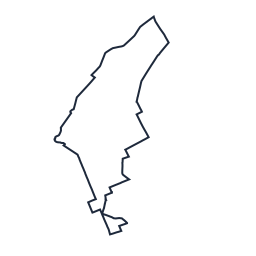 the district of Manastirea, Calarasi, Romania, rotated 246°
{"feature_id": "2599482B98336508905768", "entity_name": "Manastirea", "entity_type": "district", "adm_level": 2, "iso_a3": "ROU", "parent_name": "Romania", "parent_adm1": "Calarasi", "projection": "natural_earth1", "projection_center": [26.829, 44.21], "detail": "fine", "context": "isolated", "style": "outline", "palette": "slate", "viewbox_px": 256, "rotation_deg": 246, "n_neighbors": 0, "source": "geoboundaries", "source_scale": "gbopen_adm2", "svg_char_len": 4904}
<svg xmlns="http://www.w3.org/2000/svg" viewBox="0 0 256 256"><g transform="rotate(246 128 128)"><path d="M41.4,88.4L41.6,88.5L41.9,88.4L42.0,88.4L42.7,88.1L43.3,87.9L43.7,87.7L44.9,87.2L47.0,86.1L47.4,85.9L47.6,85.8L47.9,85.7L48.0,85.6L48.1,85.4L48.5,84.7L49.0,83.9L49.2,83.5L49.4,83.2L49.5,82.7L50.0,81.2L50.2,80.5L50.3,80.1L50.4,79.9L51.1,78.7L51.3,78.3L51.4,78.2L51.5,78.1L51.9,77.9L52.0,77.8L52.2,77.6L52.3,77.5L52.4,77.4L52.6,77.3L52.8,77.2L53.0,77.0L53.3,76.8L53.5,76.5L53.9,76.2L54.3,75.6L54.6,75.4L54.8,75.3L54.9,75.2L55.0,75.1L55.1,74.9L55.4,74.6L56.1,73.9L57.3,72.7L58.2,71.7L58.4,71.5L58.4,71.4L58.5,71.3L58.6,71.2L59.5,70.3L60.3,69.6L60.8,70.1L61.6,70.7L62.0,71.1L62.6,71.6L63.6,72.5L64.3,73.2L64.7,73.6L64.8,73.6L66.7,75.0L67.6,75.6L67.8,75.7L67.8,75.8L68.0,76.0L68.9,76.6L69.7,77.2L70.7,78.0L70.9,78.1L71.1,78.2L71.2,78.3L71.4,78.5L71.5,78.5L71.4,78.7L71.7,78.7L75.7,79.8L75.6,82.5L75.5,85.9L75.4,86.8L75.4,87.0L75.7,87.1L75.7,86.9L81.2,87.0L81.2,87.3L81.1,90.6L81.0,93.9L80.9,95.6L80.9,96.7L80.8,98.2L80.8,99.2L80.9,99.8L80.6,108.1L82.9,106.8L86.2,105.0L87.2,104.5L87.4,104.4L87.9,104.3L88.3,104.3L88.5,104.3L89.0,104.4L89.4,104.5L89.7,104.7L90.4,105.0L91.9,105.7L94.1,106.8L95.5,107.5L96.7,108.0L97.3,108.3L98.3,108.6L98.5,108.7L98.7,108.8L98.8,109.0L99.1,109.2L102.1,110.7L101.5,117.1L103.0,117.0L107.8,116.8L109.3,116.7L109.3,117.7L109.6,121.5L109.9,125.6L110.5,134.6L110.7,136.4L110.8,138.4L111.2,143.1L116.6,142.7L120.4,142.3L123.7,142.0L124.0,142.0L127.3,141.8L130.0,141.7L132.6,141.6L135.6,141.5L136.9,141.4L137.2,147.3L138.7,147.3L140.9,147.1L144.0,147.0L147.5,146.8L148.2,146.8L148.5,146.5L150.0,147.7L151.0,148.4L151.9,149.0L152.9,149.9L154.4,151.0L156.1,152.3L158.2,153.9L160.4,155.6L163.8,158.1L164.9,159.0L165.6,159.6L165.9,160.1L170.3,166.5L171.3,168.0L172.3,169.5L174.8,173.3L175.9,174.9L176.3,175.6L177.6,177.6L178.3,178.7L178.9,179.6L181.6,183.7L182.0,184.4L182.2,184.7L182.2,184.8L182.3,184.9L182.3,185.1L182.4,185.6L182.5,186.1L182.7,186.4L183.1,187.1L183.5,187.7L183.7,188.1L184.3,189.3L186.0,192.7L189.5,199.9L193.5,199.5L195.1,199.3L195.7,199.3L196.5,199.2L198.6,199.1L205.5,197.7L214.1,196.4L217.5,196.6L218.0,196.6L218.6,196.7L219.3,196.8L216.5,184.4L215.5,180.5L215.3,180.0L215.1,179.7L213.7,177.5L210.9,173.3L210.1,172.1L209.5,171.0L209.2,170.1L206.8,163.1L205.9,160.4L205.1,158.0L205.0,157.5L205.0,156.9L205.0,156.4L205.1,155.8L205.2,155.1L205.5,153.9L205.8,152.8L206.1,151.4L206.6,149.0L207.1,146.7L207.1,146.4L207.0,145.4L207.0,145.0L206.7,142.9L206.3,140.5L206.1,139.1L205.9,138.4L205.8,138.0L205.7,137.7L205.5,137.4L205.3,137.2L203.6,135.5L202.4,134.3L200.3,132.1L199.0,130.8L197.9,129.7L197.3,129.1L196.4,128.2L196.1,127.8L195.8,127.4L195.5,126.9L195.1,125.8L193.5,122.2L192.2,118.7L191.2,116.2L190.0,116.8L189.1,117.3L188.3,117.8L187.6,118.2L186.4,115.6L185.3,113.3L184.0,110.4L179.8,100.7L176.8,93.7L173.8,91.3L172.1,90.0L167.2,86.0L167.2,85.8L167.3,85.5L167.3,85.3L167.3,85.2L167.4,84.7L167.3,84.2L167.1,83.6L167.1,83.4L167.0,83.2L166.9,82.8L166.8,82.6L166.8,82.4L166.7,82.2L166.4,82.0L166.3,81.9L166.0,81.9L165.6,81.8L165.4,81.8L165.2,81.9L164.8,82.1L164.7,82.1L158.5,71.6L155.9,67.2L155.7,66.9L155.5,66.7L155.4,66.7L155.2,66.6L154.9,66.6L154.6,66.4L154.4,66.3L154.2,66.2L153.9,66.1L153.6,66.0L153.3,65.9L153.1,65.8L152.9,65.7L152.6,65.4L152.2,65.1L151.9,64.8L151.7,64.6L151.5,64.4L150.9,63.7L150.7,63.4L150.5,63.2L150.1,62.8L150.0,62.6L149.8,62.4L149.7,62.3L149.6,62.1L149.6,61.9L149.5,61.7L149.5,61.4L149.4,61.2L149.4,60.9L149.5,60.1L149.5,59.7L149.5,59.4L149.5,59.0L149.5,58.9L149.3,58.4L149.2,57.9L149.1,57.7L148.8,57.6L148.7,57.6L148.4,57.5L148.3,57.4L148.2,57.3L148.1,57.2L147.7,57.0L147.6,56.9L147.6,56.7L147.8,56.5L147.8,56.4L147.7,56.3L147.3,56.2L147.0,56.1L146.7,56.1L146.2,56.1L145.8,56.2L145.6,56.2L145.3,56.4L145.1,56.5L144.9,56.6L144.7,56.7L144.6,56.8L144.4,57.1L144.2,57.2L144.1,57.3L143.9,57.5L143.7,57.8L143.5,58.1L143.2,58.7L143.0,58.9L142.9,59.1L142.6,59.8L142.5,60.0L142.4,60.2L141.8,60.7L141.7,60.8L141.5,61.0L141.4,61.3L141.0,62.0L140.9,62.2L140.7,62.6L140.6,62.8L140.4,62.9L140.2,63.1L139.9,63.3L139.3,63.6L139.1,63.7L139.0,63.8L138.9,63.8L138.8,63.7L138.7,63.5L138.7,63.4L138.6,63.2L138.5,62.9L138.3,62.4L138.2,62.1L124.2,71.1L122.0,71.0L120.7,71.1L120.0,71.1L119.5,71.0L119.2,71.0L118.8,70.9L117.8,70.9L115.1,70.8L114.7,70.8L113.5,70.8L111.8,70.7L110.4,70.7L110.0,70.7L108.9,70.7L107.1,70.6L104.7,70.6L104.2,70.5L103.2,70.4L102.1,70.4L101.3,70.4L100.7,70.3L100.0,70.3L99.2,70.3L98.6,70.3L97.3,70.3L93.7,70.1L90.1,70.0L86.5,70.0L84.7,69.9L81.9,69.8L79.1,69.7L77.1,69.7L76.3,69.7L76.1,69.7L76.3,66.0L76.3,63.6L76.3,61.4L65.2,61.1L65.1,62.3L64.9,69.3L60.8,69.3L58.7,69.2L57.7,69.2L56.3,69.2L54.4,69.1L52.4,69.1L47.7,69.1L46.3,69.0L43.9,69.1L42.6,69.0L38.1,68.3L37.9,69.8L37.7,71.2L37.4,74.3L37.3,75.3L37.0,77.1L36.8,79.2L36.7,80.0L42.1,80.1L42.0,81.0L41.5,86.7L41.4,88.4Z" fill="none" stroke="#1e293b" stroke-width="2"/></g></svg>